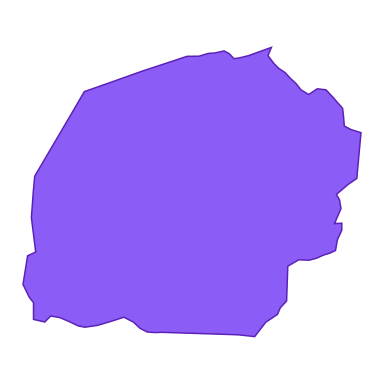 the district of Lagoa dos Gatos, Pernambuco, Brazil
{"feature_id": "56859067B58434745416695", "entity_name": "Lagoa dos Gatos", "entity_type": "district", "adm_level": 2, "iso_a3": "BRA", "parent_name": "Brazil", "parent_adm1": "Pernambuco", "projection": "albers", "projection_center": [-35.881, -8.68], "detail": "fine", "context": "isolated", "style": "filled", "palette": "violet", "viewbox_px": 384, "rotation_deg": 0, "n_neighbors": 0, "source": "geoboundaries", "source_scale": "gbopen_adm2", "svg_char_len": 1058}
<svg xmlns="http://www.w3.org/2000/svg" viewBox="0 0 384 384"><path d="M271.4,47.4L248.6,55.6L239.8,57.8L234.0,58.7L229.3,53.7L224.1,50.9L214.7,53.0L208.2,53.4L199.0,56.2L187.1,56.3L142.0,71.2L95.2,87.8L84.3,91.6L76.8,104.5L72.8,111.4L34.7,176.2L33.3,191.6L31.4,217.6L35.7,252.0L27.6,255.8L23.0,284.4L29.2,297.2L33.5,302.6L33.5,311.0L33.5,319.4L44.8,322.0L50.7,316.0L59.9,317.6L68.3,321.2L78.4,326.0L85.0,327.2L97.4,325.4L112.2,321.0L123.9,317.2L133.6,322.2L140.1,328.4L147.2,332.0L155.3,332.6L161.1,332.3L201.8,333.6L238.2,334.8L254.7,336.6L265.8,322.2L277.5,314.4L280.3,307.8L286.6,301.0L287.8,266.2L298.7,259.8L309.2,260.2L316.6,258.2L323.2,255.2L330.3,253.0L335.5,250.5L337.4,239.8L341.8,230.2L341.8,223.2L334.6,223.6L336.8,218.2L341.0,208.6L339.6,200.1L336.4,194.4L347.9,184.6L356.8,178.4L361.0,132.7L351.1,129.6L344.3,126.0L343.6,117.0L342.6,108.3L337.2,102.2L332.7,97.0L326.0,89.8L317.3,88.8L308.6,94.5L300.9,89.8L296.3,83.8L289.8,77.8L285.0,72.5L278.9,68.5L273.9,63.5L268.0,55.6L271.4,47.4Z" fill="#8b5cf6" stroke="#5b21b6" stroke-width="1.5"/></svg>